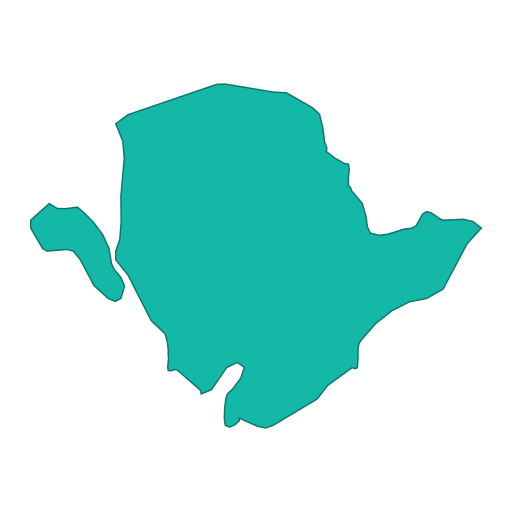 Anglesey, Mercator projection
{"feature_id": "GBR-2128", "entity_name": "Anglesey", "entity_type": "Unitary Authority (wales)", "adm_level": 1, "iso_a3": "GBR", "parent_name": "United Kingdom", "parent_adm1": "", "projection": "mercator", "projection_center": [-4.381, 53.278], "detail": "fine", "context": "isolated", "style": "filled", "palette": "teal", "viewbox_px": 512, "rotation_deg": 0, "n_neighbors": 0, "source": "natural_earth", "source_scale": "10m", "svg_char_len": 1519}
<svg xmlns="http://www.w3.org/2000/svg" viewBox="0 0 512 512"><path d="M443.0,220.2L463.3,219.3L472.9,221.5L481.3,228.1L467.1,243.7L443.1,289.0L426.5,298.5L409.4,301.8L391.9,310.7L375.6,323.6L362.3,338.7L359.7,342.3L358.5,345.3L358.0,349.9L358.0,358.4L357.3,367.7L355.2,368.7L352.2,367.6L327.9,385.2L317.1,399.0L273.0,425.4L265.7,427.9L257.2,426.2L239.4,418.2L239.2,420.8L235.1,424.6L229.6,427.1L225.3,425.4L224.3,418.8L224.7,408.1L225.9,398.3L227.4,393.9L232.8,388.9L240.8,378.1L244.4,367.3L237.1,362.4L226.6,367.6L211.4,389.8L201.2,393.9L200.5,390.3L177.6,370.3L175.7,369.4L170.1,370.9L168.2,370.3L167.7,367.1L168.6,357.6L168.2,354.5L168.3,351.1L167.5,342.6L165.2,334.0L151.2,320.6L128.2,275.4L115.8,259.8L115.8,251.1L119.8,239.4L121.2,221.8L120.9,196.5L124.3,157.9L122.8,141.1L115.8,123.8L128.0,114.7L216.6,84.4L225.3,84.1L273.2,92.1L286.3,92.8L312.7,107.9L319.5,114.2L322.8,128.1L324.6,142.0L326.9,148.3L326.2,151.4L334.8,158.1L344.8,163.7L348.5,164.1L349.2,170.0L348.4,177.9L348.2,184.9L350.7,187.8L351.4,190.5L362.3,203.6L366.1,217.0L367.4,226.8L370.3,233.1L379.1,235.3L387.9,234.2L403.8,229.2L412.3,228.1L416.4,225.5L422.5,214.2L426.5,211.6L431.3,212.9L440.0,218.9L443.0,220.2ZM111.5,263.7L114.6,270.1L120.7,277.1L124.5,286.0L120.9,298.5L115.2,301.4L108.3,298.5L94.1,285.7L80.0,259.2L73.2,251.1L67.1,249.4L47.0,251.1L42.7,248.6L30.7,228.1L30.7,220.2L49.2,203.6L57.2,208.5L65.2,208.7L77.5,207.2L82.7,211.6L93.1,221.9L102.4,234.2L108.9,248.2L111.5,263.7Z" fill="#14b8a6" stroke="#0f766e" stroke-width="1.5"/></svg>